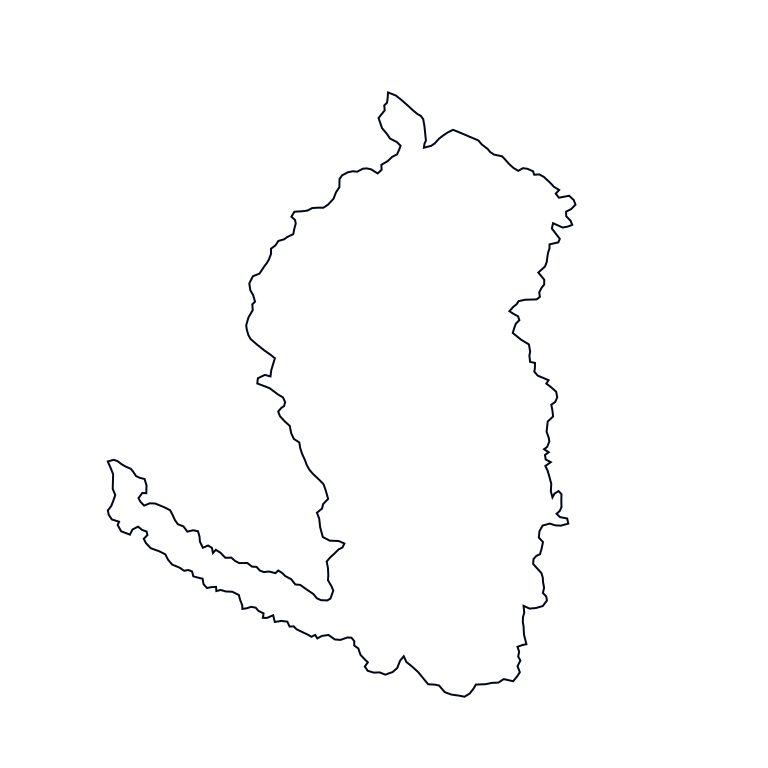 the district of Itapaci, Goiás, Brazil, rotated 291°
{"feature_id": "56859067B10600417055879", "entity_name": "Itapaci", "entity_type": "district", "adm_level": 2, "iso_a3": "BRA", "parent_name": "Brazil", "parent_adm1": "Goiás", "projection": "robinson", "projection_center": [-49.677, -14.921], "detail": "fine", "context": "isolated", "style": "outline", "palette": "ink", "viewbox_px": 768, "rotation_deg": 291, "n_neighbors": 0, "source": "geoboundaries", "source_scale": "gbopen_adm2", "svg_char_len": 5458}
<svg xmlns="http://www.w3.org/2000/svg" viewBox="0 0 768 768"><g transform="rotate(291 384 384)"><path d="M110.4,471.6L110.9,477.9L113.2,483.3L113.1,489.3L118.2,495.3L123.5,498.1L131.6,498.2L136.9,500.0L132.5,504.5L130.2,511.7L127.3,519.1L122.4,527.7L119.5,532.8L121.6,539.4L122.2,543.5L118.1,551.1L118.2,558.2L119.9,565.5L120.9,571.2L125.6,574.9L131.9,576.8L136.3,577.5L140.1,586.3L143.8,592.1L146.2,597.8L151.4,601.5L152.8,611.1L159.2,613.2L163.6,614.1L168.4,609.8L174.7,610.4L177.7,606.9L182.5,606.1L186.5,602.8L190.0,606.9L192.1,610.2L200.2,604.5L207.6,601.2L211.8,598.8L216.2,597.3L220.7,596.9L226.9,593.8L226.5,600.4L229.3,606.1L233.6,611.8L240.2,613.7L243.7,611.7L245.9,607.2L251.1,606.5L256.2,603.4L260.0,601.7L263.9,598.7L267.1,592.3L269.5,587.7L274.1,586.3L278.1,587.8L281.0,590.6L286.3,590.2L293.4,589.1L296.1,583.6L302.2,581.9L308.7,582.8L313.1,588.8L313.4,594.5L315.1,599.8L319.7,606.1L324.1,603.2L322.8,596.0L324.7,591.6L328.5,593.6L332.7,593.8L338.2,591.5L344.7,589.2L346.6,585.3L342.8,582.5L338.5,581.9L343.6,578.2L350.6,576.0L356.5,571.8L361.6,567.9L365.3,564.0L370.8,567.7L371.5,562.0L375.4,559.7L379.3,562.2L380.5,556.8L383.8,558.9L389.7,558.9L392.9,557.0L397.7,552.9L407.6,550.3L414.3,553.5L419.7,550.7L424.6,547.6L428.7,550.3L433.6,550.5L438.5,547.5L441.1,540.5L442.5,535.4L446.5,536.3L446.7,531.5L446.9,524.5L449.4,519.9L452.8,519.2L457.8,517.4L457.0,512.5L462.5,509.6L466.7,508.8L472.9,505.1L474.4,496.4L477.8,485.9L483.3,485.5L487.7,485.5L492.1,487.5L495.3,484.8L495.8,480.3L496.9,475.0L502.7,477.2L505.9,479.2L509.6,480.0L513.2,485.5L517.7,496.2L521.3,498.3L525.1,496.1L530.1,496.6L534.2,497.9L538.8,496.2L543.4,488.1L546.8,489.9L551.4,492.2L556.3,492.2L561.1,491.0L565.5,490.1L569.9,489.9L573.7,488.5L578.7,496.0L582.5,496.1L589.3,485.0L594.7,484.2L594.1,494.7L596.7,499.0L600.0,502.7L603.3,499.7L605.9,494.0L610.1,492.2L614.3,496.0L620.0,498.5L623.7,495.3L626.1,489.4L620.6,480.5L623.3,476.1L627.9,478.0L629.0,471.9L631.0,468.0L634.7,458.8L635.3,453.8L633.2,449.3L636.0,446.9L636.3,440.8L635.3,436.4L631.1,432.9L632.2,427.1L634.3,421.8L636.9,416.8L638.9,412.7L637.6,404.6L638.6,400.0L640.6,396.5L642.6,389.6L645.2,384.8L646.0,362.1L646.0,357.3L642.0,353.6L637.6,350.4L632.8,347.5L626.7,345.1L623.3,342.7L618.9,336.6L622.7,335.7L626.3,335.9L632.6,332.7L639.1,329.4L645.3,325.7L647.5,322.2L648.1,318.2L650.0,312.6L652.1,307.4L655.3,298.9L657.6,291.5L657.6,283.3L651.7,285.1L647.7,286.0L644.2,284.4L639.7,286.6L630.4,283.6L622.2,290.4L618.5,297.1L615.3,301.7L614.5,309.3L612.4,314.1L608.4,314.2L603.1,313.9L598.9,310.2L593.3,307.5L587.7,303.0L583.1,305.0L578.3,302.6L579.8,295.0L579.1,290.6L577.4,287.1L572.6,282.9L571.5,278.8L568.7,274.4L563.8,270.1L559.4,269.0L551.8,271.8L545.7,270.5L538.9,270.5L531.2,267.4L526.8,264.2L525.1,259.5L522.5,253.9L518.4,250.3L515.9,245.6L512.7,238.6L507.0,237.6L505.3,242.1L502.2,244.1L497.1,244.6L491.4,245.6L486.4,240.9L483.3,238.9L479.7,234.1L474.5,233.0L469.8,230.0L465.0,231.9L458.9,231.9L455.1,231.3L450.5,230.0L442.5,228.2L437.6,223.0L429.6,222.2L423.6,225.6L420.1,230.0L414.6,234.1L411.2,232.5L405.9,235.0L401.7,234.3L397.7,233.6L389.4,234.3L385.5,236.5L381.1,239.8L378.2,243.3L375.3,251.3L372.4,260.5L370.6,267.7L368.9,272.9L356.4,273.8L350.4,275.3L349.8,269.5L344.1,264.2L339.1,265.5L339.1,278.8L336.2,288.9L335.3,294.5L331.6,298.2L327.7,298.6L324.5,296.5L320.3,295.1L316.6,298.5L313.8,304.1L311.1,311.0L304.8,315.0L300.4,319.5L299.1,325.9L294.2,328.7L289.7,332.3L284.5,337.6L280.7,340.9L277.2,345.1L274.7,349.7L271.3,358.0L268.8,363.4L264.8,366.9L261.3,369.6L256.7,373.0L250.1,370.2L245.5,370.8L239.8,367.5L235.2,371.7L227.6,375.6L219.2,381.7L218.3,389.5L221.2,398.0L220.9,404.2L216.5,403.8L213.3,400.9L206.9,398.0L202.8,395.9L197.7,394.1L192.0,397.7L185.1,400.7L180.7,402.0L176.5,407.3L172.9,410.7L164.5,410.9L161.6,408.6L159.6,402.6L159.9,398.1L162.6,393.3L164.5,385.2L166.4,377.8L165.1,373.0L168.5,367.3L169.3,360.6L171.0,356.9L172.0,352.1L168.5,350.4L167.7,343.7L165.4,339.4L165.3,335.1L167.6,330.5L166.2,326.3L167.9,320.5L164.9,313.0L165.5,308.2L167.2,303.7L164.9,298.2L167.9,291.7L168.9,286.4L164.9,284.9L169.3,282.1L170.2,277.6L166.2,273.6L170.8,268.7L175.5,266.4L179.9,263.1L179.0,258.1L175.7,253.3L179.2,247.8L179.2,241.8L182.0,237.6L185.7,233.9L189.5,229.6L190.2,223.2L190.4,213.2L188.7,208.1L184.5,203.6L186.8,198.8L189.5,195.7L195.6,197.4L196.9,201.2L204.3,198.6L209.5,194.5L208.9,189.6L209.2,185.5L212.0,181.6L214.1,178.1L214.3,172.8L215.0,168.0L216.5,162.9L216.4,158.9L212.7,153.9L206.8,159.7L202.6,163.5L188.9,168.3L184.0,172.9L179.4,173.1L172.3,173.1L167.0,171.5L163.2,173.9L160.0,178.5L160.5,186.0L156.9,185.9L152.3,191.4L152.3,195.6L152.3,200.8L158.0,201.3L162.7,205.5L161.1,210.4L161.2,215.2L158.2,217.3L153.4,215.2L150.2,218.7L147.1,225.1L147.3,234.1L146.6,240.9L142.6,245.3L139.5,250.9L139.3,258.9L138.0,264.4L140.2,267.9L140.2,272.0L136.1,274.9L136.5,279.0L137.2,284.4L132.4,287.3L130.1,291.9L132.5,295.6L134.4,299.9L130.6,301.7L133.2,305.4L133.6,310.6L135.7,316.8L135.0,324.1L130.7,327.2L126.7,330.9L123.3,332.4L125.4,336.2L128.4,339.9L129.2,344.4L127.2,348.1L126.7,353.8L122.3,354.7L123.7,358.6L128.4,363.4L122.7,367.3L126.0,373.0L127.5,378.9L123.7,382.8L125.4,386.5L123.7,390.2L123.1,397.2L122.7,402.6L122.0,406.8L125.1,409.7L122.6,412.9L126.6,416.4L129.8,422.1L127.9,429.7L129.5,435.1L134.2,440.6L135.5,444.5L133.3,448.4L129.2,449.9L127.9,454.8L122.7,459.1L120.0,464.8L118.4,468.7L113.4,467.3L110.4,471.6Z" fill="none" stroke="#020617" stroke-width="2"/></g></svg>